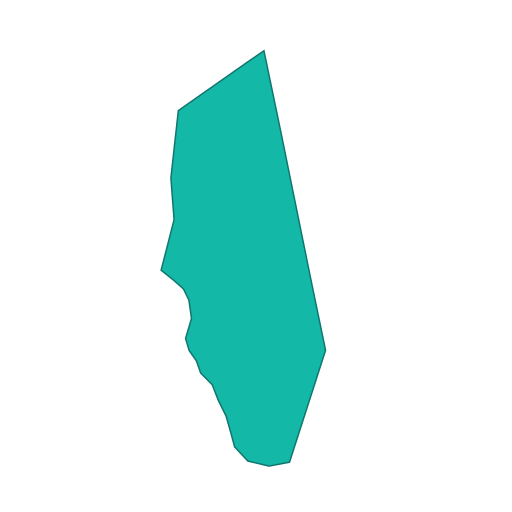 the district of Serra da Raiz, Paraíba, Brazil, rotated 126°
{"feature_id": "56859067B1643562495133", "entity_name": "Serra da Raiz", "entity_type": "district", "adm_level": 2, "iso_a3": "BRA", "parent_name": "Brazil", "parent_adm1": "Paraíba", "projection": "albers", "projection_center": [-35.442, -6.704], "detail": "fine", "context": "isolated", "style": "filled", "palette": "teal", "viewbox_px": 512, "rotation_deg": 126, "n_neighbors": 0, "source": "geoboundaries", "source_scale": "gbopen_adm2", "svg_char_len": 482}
<svg xmlns="http://www.w3.org/2000/svg" viewBox="0 0 512 512"><g transform="rotate(126 256 256)"><path d="M184.0,404.3L242.9,370.7L274.8,343.6L323.3,324.4L324.0,308.3L325.3,295.3L331.0,284.5L344.4,271.5L364.1,264.5L371.8,254.5L375.8,242.7L383.2,232.0L385.9,215.7L394.9,201.7L403.1,186.1L414.1,172.1L423.0,161.1L426.7,142.1L418.3,122.0L403.1,107.7L291.4,144.3L242.2,198.4L141.5,308.3L85.3,370.2L104.4,377.0L184.0,404.3Z" fill="#14b8a6" stroke="#0f766e" stroke-width="1.5"/></g></svg>